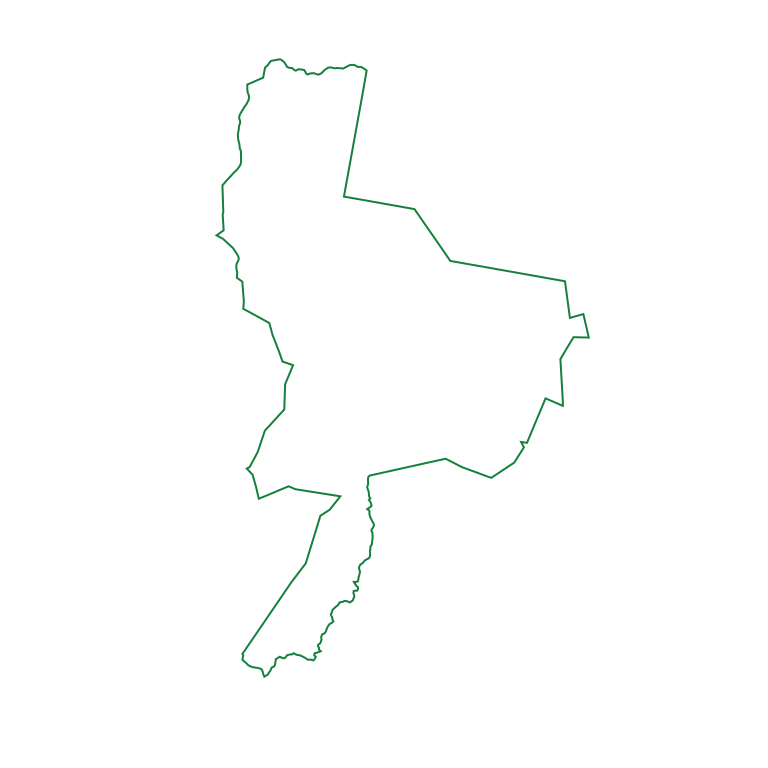 the district of São Miguel do Tapuio, Piauí, Brazil, rotated 280°
{"feature_id": "56859067B9412827275666", "entity_name": "São Miguel do Tapuio", "entity_type": "district", "adm_level": 2, "iso_a3": "BRA", "parent_name": "Brazil", "parent_adm1": "Piauí", "projection": "mercator", "projection_center": [-41.588, -5.786], "detail": "fine", "context": "isolated", "style": "outline", "palette": "green", "viewbox_px": 768, "rotation_deg": 280, "n_neighbors": 0, "source": "geoboundaries", "source_scale": "gbopen_adm2", "svg_char_len": 3992}
<svg xmlns="http://www.w3.org/2000/svg" viewBox="0 0 768 768"><g transform="rotate(280 384 384)"><path d="M75.0,317.0L77.9,320.2L80.2,320.9L81.9,321.9L85.2,322.6L86.6,324.6L88.1,325.4L94.3,325.3L97.3,328.7L96.4,332.0L96.6,333.5L98.0,334.7L100.1,335.7L101.5,338.8L101.7,340.4L103.2,341.8L102.2,344.6L102.2,347.7L102.0,349.3L100.7,353.5L99.2,357.1L99.8,359.2L99.6,362.6L101.5,363.6L103.4,364.2L105.0,362.3L106.9,362.5L107.4,363.9L108.2,365.3L109.8,368.1L111.3,366.0L113.0,365.9L114.2,364.5L115.7,364.4L117.5,366.2L119.6,366.6L121.4,366.9L123.5,366.1L125.1,366.2L126.8,366.6L127.9,368.5L129.9,369.7L132.7,370.1L135.5,370.8L138.1,372.1L139.7,374.0L141.5,375.4L142.8,374.3L144.7,373.7L146.1,372.7L148.0,371.6L149.6,372.2L152.7,372.6L154.6,374.0L156.6,375.5L158.0,376.9L159.4,377.6L161.1,378.2L161.9,380.0L162.4,381.5L163.4,382.6L163.7,384.4L163.4,386.6L163.0,388.5L164.6,389.9L165.6,391.0L167.3,391.1L169.0,391.8L171.1,391.2L172.8,390.2L174.8,390.1L175.4,391.5L175.8,393.4L177.6,394.0L179.4,393.6L180.4,391.9L181.5,390.9L182.5,389.8L183.9,388.7L184.2,390.7L184.9,392.4L187.2,392.7L189.4,392.5L191.0,392.8L192.8,392.9L195.0,393.0L197.0,391.9L198.3,391.3L200.1,391.4L202.1,392.1L203.5,393.7L205.5,395.0L207.5,396.3L208.7,398.0L210.0,399.6L211.4,399.9L213.0,400.1L215.0,399.6L217.6,399.1L219.7,399.3L221.2,398.8L222.5,399.3L223.8,399.9L225.6,399.7L227.4,399.6L229.2,399.8L230.6,399.3L232.2,399.4L233.6,398.8L235.6,398.4L237.3,397.0L239.0,397.2L240.3,397.9L242.0,398.6L243.8,398.5L245.0,397.8L246.2,396.8L247.9,395.5L249.4,394.3L251.1,393.3L253.3,392.2L255.0,392.0L256.6,391.6L257.9,389.2L260.1,391.5L261.7,392.8L263.5,392.3L265.3,391.2L267.2,389.2L269.0,390.4L270.1,389.3L271.3,388.6L273.0,388.3L275.1,387.7L277.4,386.4L279.5,385.3L282.8,385.8L285.5,385.1L287.8,384.7L289.7,384.7L291.4,385.9L312.6,437.1L317.7,449.4L321.1,457.7L320.0,461.4L316.6,472.2L315.5,476.0L310.2,505.9L329.2,525.9L345.9,532.8L350.7,529.1L350.9,535.0L397.9,545.6L393.5,563.9L397.7,563.2L439.1,553.4L451.1,557.9L463.0,562.5L465.3,577.6L487.5,568.2L481.4,555.6L516.6,544.4L516.7,455.6L516.7,454.2L516.7,427.9L519.2,425.5L530.3,414.6L547.1,397.9L548.4,396.6L561.5,383.7L561.6,320.5L561.6,312.0L663.4,312.5L689.7,312.5L690.7,310.4L692.0,307.4L692.2,305.9L691.7,303.2L693.0,299.5L692.8,297.5L692.4,295.6L691.5,294.1L687.6,289.1L687.4,287.2L687.1,282.9L686.4,281.1L686.5,276.3L685.8,274.0L683.5,271.5L680.9,269.5L679.4,268.7L677.4,266.0L677.3,264.5L677.9,260.7L677.1,257.7L675.6,254.9L676.2,253.3L678.0,252.2L679.3,251.0L679.4,248.9L679.1,245.0L677.3,242.8L677.7,240.9L679.2,238.8L678.9,236.7L679.4,233.5L681.2,232.2L684.1,229.2L685.7,225.9L685.5,224.3L683.0,217.8L682.4,216.5L681.1,215.7L677.7,214.1L674.8,211.9L664.7,211.8L655.2,197.4L651.1,198.1L647.5,199.1L645.0,200.6L643.5,201.3L639.9,201.3L636.8,200.3L634.7,199.6L633.2,198.6L631.7,198.1L629.1,197.1L626.4,196.0L623.9,195.2L621.7,195.0L619.6,195.7L618.1,196.6L616.7,196.9L615.0,196.9L613.0,196.4L610.9,196.6L608.9,196.8L606.4,196.7L604.2,196.8L600.7,197.6L598.6,198.3L595.9,199.6L593.9,200.3L591.2,201.0L589.3,202.2L587.7,202.8L585.0,203.3L579.5,204.4L576.6,204.7L574.2,204.3L571.3,203.0L568.7,201.5L566.7,199.9L564.5,198.4L561.7,196.7L557.4,193.9L551.6,190.4L525.3,195.9L522.9,195.7L507.5,199.4L501.3,193.3L499.0,200.2L491.5,211.9L490.0,213.2L488.2,215.0L485.6,217.4L483.5,218.8L482.0,219.2L479.8,219.0L477.4,218.1L474.6,218.0L470.8,219.0L468.4,220.1L463.1,220.6L461.9,223.1L460.2,226.7L441.1,231.6L433.6,232.4L428.1,248.9L424.1,260.5L413.0,265.7L397.4,275.2L388.5,280.1L386.7,291.2L366.7,286.7L360.8,287.5L341.6,290.2L317.4,274.8L298.2,271.9L295.7,271.6L286.6,268.7L284.1,267.8L282.1,267.2L278.8,266.1L276.9,263.5L271.8,270.4L269.9,271.3L260.1,276.0L249.3,280.6L254.2,288.4L266.7,307.8L265.0,315.0L265.8,360.5L250.7,352.3L246.3,347.6L243.2,344.2L228.2,342.4L193.8,338.1L172.7,327.2L157.6,320.4L93.5,291.4L92.3,292.5L87.7,292.5L85.4,296.5L83.3,299.5L82.3,303.6L82.5,309.1L81.9,312.9L80.6,314.0L76.5,315.9L75.0,317.0Z" fill="none" stroke="#15803d" stroke-width="2"/></g></svg>